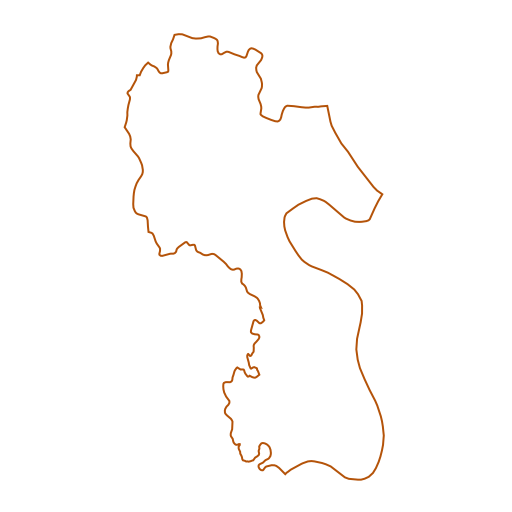 Nha Be, Hồ Chí Minh city, Vietnam (Robinson projection), rotated 4°
{"feature_id": "81297802B80984092880643", "entity_name": "Nha Be", "entity_type": "district", "adm_level": 2, "iso_a3": "VNM", "parent_name": "Vietnam", "parent_adm1": "Hồ Chí Minh city", "projection": "robinson", "projection_center": [106.723, 10.651], "detail": "fine", "context": "isolated", "style": "outline", "palette": "amber", "viewbox_px": 512, "rotation_deg": 4, "n_neighbors": 0, "source": "geoboundaries", "source_scale": "gbopen_adm2", "svg_char_len": 6076}
<svg xmlns="http://www.w3.org/2000/svg" viewBox="0 0 512 512"><g transform="rotate(4 256 256)"><path d="M147.1,239.5L150.1,240.2L151.2,240.8L152.6,242.9L154.9,248.5L156.1,250.5L159.3,254.4L159.8,255.5L159.9,257.7L159.4,260.7L159.6,261.5L160.9,262.4L162.5,262.4L170.3,259.7L173.5,259.4L174.8,258.8L176.0,257.3L176.4,255.0L176.9,254.0L178.3,252.4L184.4,247.3L185.3,247.0L185.9,247.0L188.7,249.8L189.5,250.0L192.4,249.2L193.8,249.2L194.4,249.9L195.8,254.1L196.4,255.0L197.3,255.8L198.3,256.2L200.1,256.7L202.8,258.2L204.6,258.7L206.5,258.7L208.1,258.4L211.3,257.1L212.7,256.9L214.1,257.1L215.5,257.8L224.1,263.9L226.7,266.1L228.5,268.2L229.9,269.5L231.7,270.8L233.4,271.3L234.9,271.2L237.3,270.0L239.0,269.7L240.2,269.9L241.3,270.5L242.5,272.1L243.1,274.7L243.2,278.2L243.0,280.2L243.1,282.7L244.1,284.5L245.4,285.2L246.9,286.5L248.1,288.2L249.6,292.1L250.6,293.2L252.5,294.4L257.4,296.3L259.9,297.7L260.9,298.7L262.3,300.7L263.3,303.0L263.5,304.8L264.5,306.8L263.9,306.6L263.4,306.8L263.6,307.7L266.9,314.4L267.6,317.1L268.7,319.5L267.9,320.7L266.1,322.4L265.4,322.8L264.1,322.8L261.3,320.5L259.9,319.9L259.4,319.9L258.6,320.4L258.1,321.2L256.2,330.5L256.2,331.7L256.3,332.4L257.3,333.4L257.9,333.7L260.4,334.2L263.0,334.2L264.0,334.5L264.9,335.9L265.0,337.1L264.4,338.7L262.4,341.4L260.7,343.4L260.1,344.6L259.9,345.9L260.2,347.8L260.3,351.2L260.2,351.8L259.0,353.6L258.5,355.0L257.7,356.0L257.3,356.1L257.0,356.1L255.1,354.3L254.8,354.4L254.4,355.2L254.2,356.2L254.4,357.7L256.2,362.8L256.8,365.3L258.3,368.2L258.6,368.6L259.0,368.7L261.0,367.3L262.0,367.0L264.6,367.9L264.8,368.2L265.1,369.5L266.0,370.7L267.6,374.2L264.9,376.7L263.7,377.4L262.7,377.5L260.7,377.1L258.0,375.9L257.2,376.7L256.3,376.9L255.6,376.4L253.6,374.1L252.8,372.7L252.1,370.8L251.6,370.2L251.0,370.1L248.5,370.3L245.1,368.5L244.4,369.1L242.9,371.6L242.5,372.8L241.8,376.2L241.1,378.7L241.0,381.1L240.7,382.2L240.1,383.0L238.9,383.7L234.9,383.9L234.0,384.2L232.8,384.9L232.4,385.9L232.4,388.3L232.8,391.2L233.8,394.4L236.0,398.3L239.5,402.4L239.7,403.6L239.6,404.7L238.7,406.5L237.1,408.3L236.0,410.6L235.7,412.3L236.0,414.6L236.7,415.7L238.1,417.0L242.4,420.2L243.6,421.8L244.1,422.9L244.3,430.5L243.3,434.2L243.2,435.3L243.3,436.7L243.7,437.7L245.5,440.0L246.3,442.7L246.8,443.8L248.1,445.1L248.9,445.6L249.8,445.7L250.8,445.5L252.1,444.8L252.9,444.8L253.0,445.6L252.0,447.4L252.1,449.0L252.4,449.9L253.8,452.3L254.1,454.3L255.3,456.1L256.0,457.6L256.5,459.6L257.2,460.7L259.2,461.1L260.5,461.7L261.8,461.5L262.9,461.7L264.9,461.1L267.0,460.1L267.5,460.0L269.2,457.2L271.4,455.6L272.7,454.2L272.9,452.9L272.3,450.7L272.3,449.9L272.8,448.0L272.5,445.7L273.4,444.0L274.3,442.7L275.2,442.2L276.2,442.1L277.8,442.3L279.6,443.0L280.6,443.6L282.1,444.9L282.9,445.9L284.0,448.4L284.6,451.4L284.6,452.7L284.3,454.6L283.2,456.6L282.5,457.4L279.7,459.0L277.3,461.7L274.6,463.2L273.9,463.7L273.3,464.5L273.2,465.3L273.3,466.2L273.8,467.2L274.6,468.3L275.8,469.1L276.5,469.3L277.7,469.3L278.2,468.9L279.8,466.3L280.9,465.3L286.2,463.6L289.0,463.5L290.9,464.0L293.8,465.8L300.4,471.6L301.6,470.1L302.9,469.1L305.6,466.7L315.8,460.2L317.3,459.4L322.1,457.3L325.5,456.7L328.5,456.8L336.3,457.9L340.2,458.9L345.2,460.7L360.1,470.6L364.1,471.8L373.0,472.0L376.4,471.8L379.9,470.6L383.9,468.4L387.8,464.3L390.4,459.3L392.7,452.9L394.1,447.4L395.2,441.3L395.9,435.6L396.0,426.2L394.4,417.1L393.2,412.0L391.7,407.2L387.4,396.7L385.0,392.1L378.7,381.8L372.9,371.3L367.5,360.6L364.7,352.4L362.6,342.2L362.6,331.5L365.0,314.9L365.8,306.1L365.3,298.1L364.5,293.5L360.4,287.0L356.4,282.6L349.3,277.7L340.5,273.0L328.8,267.6L322.4,265.5L312.4,262.5L309.7,261.4L304.7,258.5L301.9,256.4L298.3,252.4L295.1,248.3L288.4,239.0L286.2,235.0L283.3,228.4L282.2,224.5L281.6,220.1L281.8,215.5L282.2,214.0L283.4,211.3L289.5,206.1L294.7,201.9L302.1,197.6L307.8,194.9L312.4,194.1L315.9,194.9L319.8,196.2L321.6,197.1L325.2,199.5L341.2,211.4L343.1,212.4L347.8,214.0L352.3,214.9L356.5,214.8L359.1,214.5L363.7,213.5L365.7,212.6L366.9,211.4L371.0,200.2L374.1,192.8L377.7,185.6L372.2,182.3L368.4,178.9L351.3,159.9L340.5,145.6L333.3,137.8L326.5,127.6L322.4,120.8L320.9,116.8L316.6,101.3L310.4,102.2L307.9,102.8L304.1,103.0L298.2,104.3L295.2,104.5L291.0,104.4L283.4,103.9L276.8,103.9L275.6,104.5L274.5,105.5L273.7,107.0L272.7,109.4L271.8,113.1L271.4,116.0L270.7,118.2L269.6,119.5L268.2,120.3L265.7,120.2L261.7,119.2L256.4,117.5L253.0,116.2L251.0,114.8L250.6,114.2L250.6,113.2L251.0,108.5L250.8,106.7L250.0,104.1L247.7,99.5L247.3,97.9L247.1,96.5L247.2,95.1L249.9,88.2L250.1,86.7L250.0,83.9L249.6,82.2L248.5,78.8L244.0,72.5L243.4,70.7L243.0,68.2L243.5,65.8L247.4,60.2L248.0,58.5L248.4,56.9L248.4,55.7L248.0,54.5L247.0,53.4L240.9,50.1L238.6,49.3L236.8,49.1L235.6,49.7L234.4,51.0L233.7,52.7L232.5,57.3L231.7,58.6L230.3,59.0L228.1,58.5L225.6,57.6L220.4,56.3L214.7,54.4L213.5,54.2L212.2,54.3L210.1,55.5L208.0,57.0L206.9,57.3L206.0,57.2L204.5,56.3L203.5,54.4L203.1,52.2L203.0,49.6L203.2,46.8L202.9,45.0L202.5,43.8L201.9,43.0L200.4,42.1L198.7,41.4L194.8,40.2L193.1,40.3L189.7,41.3L185.9,42.7L180.9,43.3L177.2,43.1L167.0,40.0L163.4,40.1L159.3,41.1L158.1,45.7L156.6,49.5L156.0,53.3L156.2,54.8L157.2,57.7L157.4,59.9L157.2,61.4L155.4,66.7L154.9,69.2L154.8,71.2L155.6,76.9L155.5,78.2L154.3,78.9L149.6,80.3L148.1,80.3L147.1,79.7L146.2,78.8L144.5,76.2L143.7,75.4L141.3,74.0L139.0,73.3L137.3,72.4L134.9,70.6L132.2,73.5L130.5,76.2L128.5,80.2L127.4,83.8L124.6,84.0L124.6,85.6L124.0,88.8L119.3,99.0L117.8,100.1L117.1,100.8L116.6,101.6L116.5,102.3L116.5,102.8L116.7,103.1L118.9,105.8L119.2,106.5L119.3,107.4L119.3,108.7L118.2,114.3L117.8,117.9L117.6,121.5L117.9,124.8L117.6,129.6L117.2,131.9L116.0,136.7L120.9,143.0L122.2,145.6L122.9,148.5L122.8,152.5L123.2,155.3L123.6,156.2L124.3,157.5L126.5,160.1L131.3,164.9L132.5,166.5L135.0,171.2L136.0,173.4L137.1,178.0L137.2,180.2L136.8,182.4L135.7,184.7L133.6,188.2L131.9,191.8L130.9,195.2L130.1,198.6L129.8,201.8L129.7,205.2L129.9,212.8L130.4,216.4L132.0,219.7L133.1,221.2L134.4,222.1L135.8,222.6L143.2,224.2L143.9,224.6L144.6,225.5L145.4,228.0L146.2,234.3L147.1,239.5Z" fill="none" stroke="#b45309" stroke-width="2"/></g></svg>